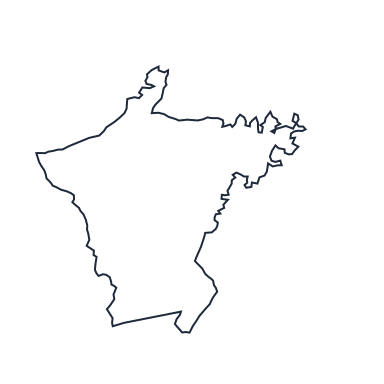 outline of Vitorino, Paraná, Brazil, rotated 67°
{"feature_id": "56859067B75981807507480", "entity_name": "Vitorino", "entity_type": "district", "adm_level": 2, "iso_a3": "BRA", "parent_name": "Brazil", "parent_adm1": "Paraná", "projection": "equal_earth", "projection_center": [-52.818, -26.255], "detail": "fine", "context": "isolated", "style": "outline", "palette": "slate", "viewbox_px": 384, "rotation_deg": 67, "n_neighbors": 0, "source": "geoboundaries", "source_scale": "gbopen_adm2", "svg_char_len": 2989}
<svg xmlns="http://www.w3.org/2000/svg" viewBox="0 0 384 384"><g transform="rotate(67 192 192)"><path d="M175.2,64.1L173.4,68.1L169.5,69.1L171.2,71.8L173.2,74.2L167.9,79.8L166.8,90.3L164.2,89.6L163.8,84.2L161.0,85.9L158.2,85.4L154.0,88.5L148.8,88.5L152.6,95.2L156.2,97.8L157.1,102.9L159.8,101.4L164.6,104.6L163.0,107.4L159.2,106.4L154.0,104.2L148.2,103.9L149.8,108.7L151.2,111.7L154.2,113.1L151.5,116.8L148.0,114.7L143.7,114.8L139.6,117.5L142.1,122.3L146.2,125.5L147.8,129.5L144.8,130.3L144.4,135.2L143.8,138.6L141.1,136.2L137.8,135.6L134.2,139.1L131.9,144.6L129.4,148.6L129.4,153.7L128.3,159.0L126.7,162.0L123.5,168.3L121.1,176.1L118.4,178.6L113.8,184.1L109.5,187.2L106.0,191.8L103.7,198.2L99.5,195.0L97.4,191.8L94.0,183.6L89.2,180.1L85.4,177.5L83.4,173.6L80.3,173.4L76.1,170.8L74.3,168.3L70.6,166.5L71.1,170.8L67.0,175.2L63.5,173.8L64.0,181.5L66.1,187.5L68.9,188.1L71.5,191.5L74.8,191.6L77.6,187.5L79.9,185.7L79.9,190.3L76.4,196.9L79.9,201.9L83.2,200.0L84.9,204.2L82.3,207.8L81.1,215.2L85.2,217.4L89.7,219.6L93.0,223.3L95.4,229.8L97.2,236.1L99.0,245.6L101.4,249.1L103.8,255.3L102.0,265.5L101.7,287.1L102.3,294.7L100.7,298.5L99.7,304.8L98.8,308.2L98.8,312.2L96.8,316.5L95.4,320.1L104.6,321.0L108.9,320.6L114.3,319.5L118.4,319.7L122.6,320.6L125.7,319.3L129.0,318.2L131.7,317.8L134.4,315.1L138.7,311.7L142.0,307.5L145.6,304.0L148.8,302.0L152.8,303.5L154.6,306.1L158.8,304.2L162.3,302.3L166.2,302.0L170.3,300.6L176.1,300.6L181.6,301.4L185.9,303.4L189.6,303.7L195.9,305.2L200.4,310.0L207.6,305.2L211.5,307.2L214.5,305.2L220.2,308.8L225.8,311.8L229.7,311.7L232.8,310.7L232.9,306.1L234.7,303.3L238.3,301.0L243.0,301.5L245.8,302.3L248.0,300.4L250.5,299.1L255.7,304.3L260.3,305.4L264.4,311.7L266.6,316.1L277.1,314.4L281.2,316.7L284.6,317.4L285.9,305.6L297.8,248.9L300.3,251.1L303.1,255.9L306.8,259.3L310.5,258.2L317.5,255.9L318.4,252.5L320.5,249.2L315.8,243.7L313.0,239.3L309.1,233.8L305.8,227.3L304.1,223.7L302.1,219.3L299.8,216.9L297.1,213.6L293.6,207.8L289.7,207.5L286.3,208.2L281.8,207.2L279.1,208.4L276.3,210.1L272.6,211.8L266.6,212.4L256.7,216.3L253.6,213.3L246.1,205.3L237.9,198.1L234.8,195.8L236.9,189.5L235.3,184.6L233.2,182.0L230.2,180.2L226.7,182.2L224.2,181.1L221.8,178.7L222.9,174.4L219.6,175.2L219.2,168.6L216.0,168.1L213.2,162.0L209.9,167.5L206.2,165.6L207.9,162.9L208.8,159.3L204.8,158.9L199.9,152.3L196.7,150.7L195.6,146.5L192.1,147.8L191.5,143.5L195.2,140.1L198.1,138.1L199.5,134.7L202.2,136.8L205.0,137.5L206.1,140.9L209.3,140.4L210.5,135.4L206.7,133.1L209.8,128.5L204.9,124.2L205.2,118.8L202.6,115.3L198.3,112.5L195.4,110.8L200.0,107.7L200.9,102.8L202.4,99.0L197.6,98.5L196.8,103.7L194.2,106.6L189.8,106.4L185.3,102.2L181.7,97.0L185.6,95.2L188.8,90.2L192.2,91.3L195.2,88.2L196.2,85.0L194.0,81.5L191.8,76.4L186.6,80.6L182.2,76.0L181.1,80.4L176.8,78.0L176.2,74.0L177.1,70.3L178.9,66.7L178.7,63.0L175.2,64.1ZM166.8,90.3L169.8,93.2L167.2,95.1L166.8,90.3ZM169.5,69.1L166.8,65.5L162.6,64.7L159.9,67.2L165.8,71.6L169.5,69.1Z" fill="none" stroke="#1e293b" stroke-width="2"/></g></svg>